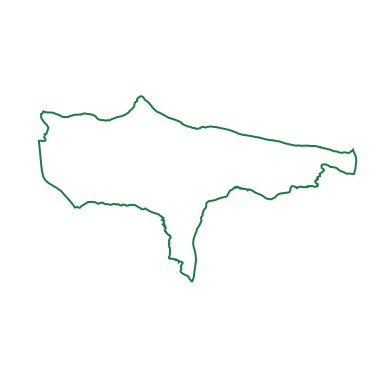 outline of Xayabury, Xaignabouri, Laos, rotated 277°
{"feature_id": "54806243B33263536107657", "entity_name": "Xayabury", "entity_type": "district", "adm_level": 2, "iso_a3": "LAO", "parent_name": "Laos", "parent_adm1": "Xaignabouri", "projection": "equal_earth", "projection_center": [101.662, 19.251], "detail": "fine", "context": "isolated", "style": "outline", "palette": "green", "viewbox_px": 384, "rotation_deg": 277, "n_neighbors": 0, "source": "geoboundaries", "source_scale": "gbopen_adm2", "svg_char_len": 6069}
<svg xmlns="http://www.w3.org/2000/svg" viewBox="0 0 384 384"><g transform="rotate(277 192 192)"><path d="M224.2,33.8L196.8,39.9L189.7,42.2L187.6,43.5L185.4,45.5L183.1,49.1L179.5,57.4L178.0,59.9L177.6,61.0L176.3,62.8L173.6,65.7L169.6,70.5L164.1,76.2L162.3,77.5L163.0,79.2L163.0,80.0L162.6,81.9L162.7,82.6L165.1,84.5L165.4,85.2L169.3,89.9L169.5,90.8L170.0,93.8L170.1,97.2L168.9,100.1L169.1,101.1L169.6,101.4L170.2,102.8L170.5,104.9L170.3,105.3L169.8,105.9L169.5,107.4L169.6,110.3L169.3,112.5L170.6,115.9L170.6,117.3L170.3,118.4L170.7,119.2L170.9,119.7L170.9,120.6L170.3,121.3L170.1,122.0L170.0,123.2L170.0,123.9L171.0,124.7L171.2,125.7L171.0,127.5L170.4,128.4L170.4,128.8L170.7,130.1L171.3,130.9L171.6,133.2L172.2,134.8L171.9,137.5L170.3,140.9L169.9,142.5L169.1,143.5L168.8,144.6L168.8,145.6L169.5,147.1L169.9,147.5L169.9,147.9L168.4,150.8L167.6,153.1L166.9,155.4L165.9,160.7L165.4,162.3L164.5,163.4L164.0,164.8L163.2,165.3L162.9,166.7L162.8,166.9L161.8,166.4L161.0,166.8L160.4,165.8L160.3,166.0L160.2,167.7L159.1,167.6L158.7,167.8L157.6,167.7L157.1,168.2L156.8,168.0L156.4,166.8L156.2,166.8L156.3,168.0L155.7,169.1L155.4,169.1L155.0,168.5L154.3,168.6L154.2,168.7L154.4,169.4L153.7,170.2L153.5,170.3L150.7,169.6L150.1,169.8L149.7,170.1L149.6,170.9L149.4,171.1L148.8,171.1L148.2,171.4L148.0,172.3L146.5,173.8L146.2,174.3L146.4,174.9L146.1,175.3L144.6,176.4L143.4,175.8L142.8,175.4L141.8,175.5L141.3,175.2L140.3,175.1L138.7,175.7L138.4,175.5L137.4,175.4L136.9,175.9L136.1,175.7L135.5,176.0L134.5,176.1L133.8,176.9L132.1,177.1L130.7,177.5L129.1,177.4L127.0,177.7L124.9,177.4L124.7,177.1L124.2,177.3L123.4,177.3L123.1,178.2L123.4,179.6L123.4,180.4L123.1,181.2L123.2,183.4L122.5,183.9L122.5,184.1L123.0,184.5L122.8,184.8L122.3,184.9L122.5,185.7L122.3,186.7L122.0,187.1L120.8,187.5L121.6,188.0L121.7,188.6L121.1,190.8L120.7,191.3L120.2,191.4L118.7,190.6L116.7,190.1L114.3,190.8L112.3,190.2L111.5,190.4L111.0,190.9L110.1,192.4L109.4,193.8L108.0,198.2L107.3,198.9L105.2,200.3L103.2,202.8L103.9,203.3L104.9,203.6L108.6,204.2L110.6,204.1L124.2,204.3L126.5,204.0L131.3,202.9L135.9,201.2L137.9,200.3L140.5,199.5L143.8,199.3L145.5,199.3L150.7,200.4L152.0,200.7L153.0,201.3L155.7,201.3L158.2,202.7L163.0,204.5L164.4,204.9L167.3,204.1L168.6,204.5L169.5,205.2L170.3,205.4L172.7,205.2L176.0,206.1L178.0,207.6L179.7,207.8L181.1,207.7L183.0,207.8L184.9,209.7L186.7,215.8L188.1,218.2L190.0,222.0L191.3,226.0L192.0,227.2L198.0,229.4L198.6,230.7L199.8,232.1L201.5,233.4L201.5,234.0L201.8,234.3L201.5,234.9L201.6,235.1L202.4,234.8L202.6,235.1L202.4,236.3L202.6,237.4L202.1,237.7L201.9,238.5L201.6,238.8L201.8,239.9L201.2,239.9L201.5,241.6L201.3,241.8L201.2,242.2L201.4,242.3L201.2,242.7L201.5,243.4L201.5,244.2L201.6,244.9L201.5,245.7L201.1,246.2L200.4,246.7L200.9,247.3L200.9,247.8L201.4,247.9L201.3,250.3L200.7,251.4L200.8,251.8L199.1,255.0L197.5,260.9L196.1,264.0L194.6,266.4L194.4,271.5L196.8,275.1L199.6,277.1L201.2,279.6L202.1,283.4L203.6,288.7L206.0,289.4L207.7,289.3L210.1,290.6L209.9,293.6L209.3,294.7L208.6,295.4L208.6,295.7L209.2,295.7L209.9,296.9L210.0,298.0L210.7,299.9L210.5,300.2L210.3,302.1L210.4,302.7L210.8,303.4L210.5,304.7L210.6,305.0L210.9,305.2L211.7,305.7L211.7,306.1L211.4,306.7L212.0,306.9L212.2,307.2L212.0,307.4L212.0,307.9L212.1,308.4L212.5,309.1L212.3,309.5L212.6,310.9L212.0,313.1L212.2,313.4L212.6,314.9L213.0,315.8L213.8,315.5L214.2,316.0L215.1,315.9L215.7,314.6L216.6,313.3L217.8,313.2L218.0,313.0L218.6,313.4L219.2,314.6L219.8,315.3L220.4,315.4L221.2,314.4L222.0,314.7L222.8,315.8L223.1,316.8L223.6,317.3L225.7,316.6L227.5,318.7L228.8,320.0L230.2,320.4L231.7,317.8L234.1,317.3L235.4,318.7L235.7,321.6L234.7,324.7L233.7,326.5L233.9,328.0L233.6,332.2L232.0,334.7L231.0,336.6L230.2,340.3L229.2,342.6L229.0,344.2L229.5,345.6L229.5,349.6L229.7,350.6L235.2,351.3L242.9,351.2L245.7,350.7L246.9,350.3L249.2,349.1L252.0,347.3L253.6,346.7L252.4,346.0L251.6,344.7L250.7,344.2L249.9,342.7L249.8,342.0L250.0,339.9L249.9,337.9L249.2,336.4L249.1,333.8L249.6,332.0L249.8,330.9L249.8,328.6L250.1,327.0L250.0,326.6L250.9,324.2L251.0,321.7L251.3,321.0L251.4,319.7L251.3,318.2L251.6,317.7L251.8,316.7L251.7,316.1L251.9,314.8L251.8,314.3L251.9,313.8L252.2,313.8L252.1,313.5L252.6,309.9L252.6,307.8L252.2,305.3L252.2,302.4L251.9,299.2L251.7,298.6L251.4,296.1L251.2,295.6L251.2,291.9L250.6,289.3L251.3,281.8L251.8,277.6L252.9,272.4L252.8,269.8L253.2,265.7L253.0,262.8L253.1,261.0L253.5,257.2L254.3,251.6L254.3,249.1L254.8,242.2L255.0,234.9L255.7,230.4L255.9,229.8L256.3,229.3L257.9,222.4L258.5,218.2L258.9,212.7L259.2,210.3L259.3,207.0L259.2,206.2L259.4,203.2L258.7,200.0L257.8,197.9L257.7,197.1L258.0,195.1L258.0,194.3L256.6,192.6L255.8,190.8L255.4,189.6L255.3,188.0L255.9,186.8L255.6,185.5L255.7,184.9L256.5,181.9L256.6,179.6L257.3,177.0L258.5,174.0L258.6,173.6L259.5,172.9L260.2,171.7L261.0,168.9L261.4,167.1L261.9,165.9L261.9,164.4L262.1,163.4L262.7,161.6L262.7,160.1L264.6,155.6L265.0,154.9L265.3,153.6L265.6,153.4L265.9,152.6L266.0,151.9L266.7,150.2L267.2,148.0L267.8,146.8L270.5,143.0L271.4,142.0L272.7,141.1L273.0,140.6L274.6,138.9L275.9,137.3L278.2,133.6L279.9,132.3L280.3,131.8L280.7,130.8L280.8,129.7L280.3,128.6L278.2,126.5L277.0,126.2L276.1,126.6L275.8,126.6L275.0,126.0L274.3,124.8L273.4,124.3L269.7,124.1L266.6,122.0L264.8,120.1L264.3,120.1L262.8,119.0L260.3,115.9L259.2,113.7L258.6,112.8L258.1,111.2L256.8,107.8L253.9,102.5L252.9,100.9L252.9,99.2L252.3,97.4L252.6,95.2L252.3,93.8L252.5,91.5L252.9,90.0L253.7,88.6L254.9,87.6L255.6,86.7L256.3,84.9L256.6,82.4L256.8,82.2L256.9,81.8L256.7,81.3L256.9,76.0L256.6,75.0L256.6,74.3L256.2,73.8L255.7,73.4L255.3,72.5L255.3,72.2L255.5,72.0L254.9,69.9L254.5,67.0L254.0,65.2L251.9,60.5L251.4,60.1L250.8,55.4L250.8,54.7L251.1,53.4L252.2,50.9L253.1,46.6L253.6,45.1L253.8,43.1L253.4,39.3L253.3,37.9L253.5,35.9L253.9,34.7L251.7,33.9L251.0,32.7L249.9,33.0L248.4,33.0L247.5,33.2L246.3,34.0L242.9,36.9L241.1,39.6L240.7,39.7L238.5,41.6L236.7,41.4L232.9,40.5L232.0,40.5L231.3,38.7L230.4,39.1L228.9,38.7L227.8,38.7L227.2,39.6L226.5,40.2L225.2,40.1L224.5,38.7L224.6,36.5L224.2,33.8Z" fill="none" stroke="#15803d" stroke-width="2"/></g></svg>